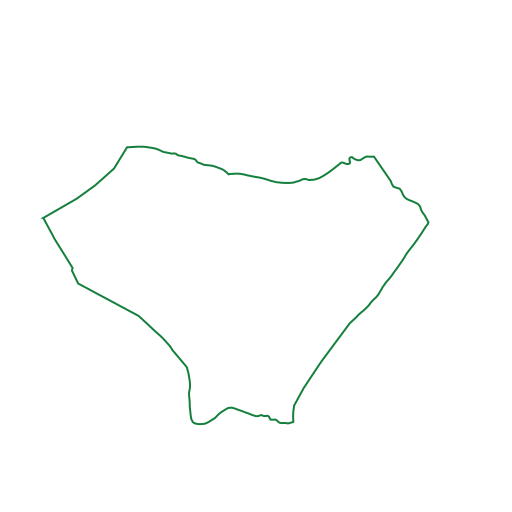 outline of Maswarah, Al Bayda', Yemen, rotated 58°
{"feature_id": "15242507B74981338012196", "entity_name": "Maswarah", "entity_type": "district", "adm_level": 2, "iso_a3": "YEM", "parent_name": "Yemen", "parent_adm1": "Al Bayda'", "projection": "albers", "projection_center": [45.681, 14.409], "detail": "fine", "context": "isolated", "style": "outline", "palette": "green", "viewbox_px": 512, "rotation_deg": 58, "n_neighbors": 0, "source": "geoboundaries", "source_scale": "gbopen_adm2", "svg_char_len": 4725}
<svg xmlns="http://www.w3.org/2000/svg" viewBox="0 0 512 512"><g transform="rotate(58 256 256)"><path d="M111.0,416.4L111.2,416.2L131.5,417.5L135.0,417.8L157.0,417.8L169.0,417.9L170.7,419.8L185.1,421.4L244.6,387.3L246.2,386.9L248.2,386.3L249.7,385.9L251.8,385.3L253.1,385.0L253.9,384.7L255.8,384.2L257.3,383.8L258.9,383.4L260.8,382.9L262.7,382.4L264.2,382.0L266.3,381.4L267.8,381.0L269.3,380.5L271.1,380.0L273.1,379.4L274.7,379.0L277.0,378.5L278.5,378.2L280.4,377.8L282.0,377.6L283.6,377.3L285.3,377.0L287.0,376.8L288.6,376.7L290.5,376.7L291.7,376.7L312.7,373.7L314.3,373.7L315.7,374.3L317.5,374.7L319.5,375.4L321.4,376.1L322.9,376.8L324.3,377.3L325.9,378.0L327.6,378.8L329.4,379.7L331.1,380.7L332.8,381.9L334.2,383.1L335.3,384.2L336.7,385.4L338.2,386.3L339.9,387.2L341.6,388.0L343.1,388.8L344.4,389.5L345.9,390.3L347.5,391.3L349.3,392.3L350.7,393.0L352.1,393.7L353.6,394.4L355.0,395.1L356.7,395.9L358.1,396.5L359.5,397.1L361.0,397.4L362.6,397.5L363.3,397.5L364.2,397.3L365.5,396.5L365.7,396.4L366.7,395.4L366.8,395.3L367.8,394.2L369.0,392.5L369.8,390.9L370.7,389.3L371.2,387.9L371.5,386.3L371.6,385.4L371.6,384.5L371.7,383.0L371.7,381.3L371.6,379.5L371.7,378.2L371.7,377.8L371.6,376.3L371.2,374.7L370.8,373.2L370.4,371.6L370.2,370.0L370.0,368.4L370.0,366.6L370.0,364.8L370.0,363.2L370.0,361.7L370.3,359.8L371.2,358.0L372.0,356.7L373.3,355.5L374.5,354.5L374.6,354.4L375.9,353.4L377.2,352.5L378.6,351.2L379.8,350.3L381.3,349.1L382.6,348.2L384.1,347.0L385.5,345.9L385.9,345.6L387.0,344.8L388.4,343.8L390.0,342.5L390.5,342.0L391.2,341.5L391.9,340.7L392.2,340.3L392.9,339.0L393.3,337.4L393.7,335.7L395.0,334.9L396.1,333.9L397.0,332.1L397.9,330.6L399.3,330.1L400.9,330.4L402.4,330.4L403.5,328.9L404.2,327.5L405.1,326.1L406.7,325.4L408.4,325.0L409.8,324.4L411.0,323.2L411.8,321.8L412.7,320.3L413.6,319.1L414.7,317.9L415.4,316.5L415.8,314.8L416.3,313.2L416.5,312.3L411.8,309.6L409.3,307.9L406.8,306.1L404.3,303.9L403.1,303.0L393.3,285.6L385.3,268.0L380.5,257.4L379.4,254.7L362.5,211.5L362.5,210.7L361.8,207.2L361.1,203.5L360.2,200.3L359.6,196.8L359.2,193.5L358.6,190.4L357.7,186.8L356.5,183.7L355.5,180.3L354.8,176.7L353.9,173.6L352.6,170.9L351.1,168.0L350.9,167.6L349.6,165.3L348.4,162.4L347.0,159.0L346.0,155.5L344.6,151.5L343.3,148.5L342.1,145.5L340.8,142.2L339.5,139.2L338.0,135.6L336.5,132.2L334.8,129.0L333.2,125.6L332.0,122.4L331.0,119.5L330.1,117.1L329.4,115.1L328.0,111.7L326.6,108.4L325.2,105.2L323.8,102.2L322.5,99.5L321.1,96.6L319.9,93.3L318.7,91.9L310.9,91.4L307.8,91.7L304.2,91.5L301.0,90.6L297.9,91.0L295.3,92.5L292.5,94.4L290.2,96.2L287.6,97.9L284.4,98.9L281.4,98.8L278.3,98.3L275.0,98.5L272.7,100.6L270.0,102.7L266.7,102.6L263.7,102.0L234.3,103.3L230.1,109.9L230.1,110.1L230.0,111.5L229.9,113.2L229.9,114.8L230.0,116.4L229.4,118.0L228.4,119.2L227.2,120.2L226.3,120.8L225.9,121.0L224.5,121.7L223.0,122.2L222.4,123.6L222.8,125.1L224.2,125.9L225.7,126.3L227.1,127.2L226.9,128.9L226.1,130.3L224.9,131.3L223.5,132.3L222.4,133.3L221.9,134.8L222.3,136.5L222.4,138.1L222.6,139.6L222.8,141.5L223.0,143.1L223.2,145.1L223.3,146.9L223.5,148.5L223.6,150.2L223.7,151.7L223.7,153.6L223.7,155.7L223.7,156.0L223.7,157.4L223.6,159.0L223.5,160.7L223.2,162.2L222.7,164.1L222.2,165.8L221.6,167.2L220.8,168.6L220.1,170.1L219.1,171.4L217.8,172.3L216.7,173.6L215.8,175.2L215.5,176.8L215.4,178.4L215.1,180.0L214.6,181.5L214.1,183.2L213.7,185.0L213.0,186.5L212.3,187.9L211.4,189.5L210.5,191.0L209.6,192.4L208.7,193.7L207.6,195.2L207.0,196.1L206.6,196.5L205.6,197.8L204.5,199.3L203.3,200.5L201.9,201.8L200.9,202.9L199.6,204.0L198.0,205.3L196.4,206.7L194.9,208.0L193.7,209.1L192.6,210.2L191.4,211.4L190.1,212.9L188.8,214.4L187.6,215.7L187.3,216.0L186.2,217.3L185.0,218.4L183.8,219.8L182.7,220.9L181.6,221.9L180.3,223.2L179.2,224.4L177.9,225.9L176.9,227.2L176.0,228.6L175.2,230.0L174.4,231.5L173.6,232.9L172.9,234.2L172.2,235.6L172.2,236.0L171.5,236.1L169.9,236.5L168.5,237.0L167.0,237.5L165.6,238.1L164.3,238.9L163.0,239.8L161.8,240.8L160.5,241.7L159.3,242.7L157.9,243.8L156.6,245.0L155.4,246.4L154.4,247.6L153.1,249.2L152.2,250.4L151.3,251.6L150.0,252.6L148.6,253.5L147.2,254.6L146.1,255.7L144.4,256.2L142.8,256.2L141.2,256.8L140.2,257.8L138.8,259.3L137.7,260.5L136.5,261.7L135.3,262.8L134.0,263.9L132.9,265.0L131.7,266.1L130.6,267.3L129.6,268.5L128.2,269.3L126.8,269.7L125.6,271.1L124.8,272.7L123.8,274.1L122.6,275.1L121.4,276.5L120.3,277.6L119.1,279.0L117.8,280.0L116.5,280.8L114.8,281.9L113.5,282.8L112.2,283.8L110.8,285.2L109.4,286.7L108.2,288.0L107.2,289.3L105.9,290.7L104.9,292.0L103.7,293.5L102.8,295.0L101.9,296.4L101.0,297.7L100.1,299.4L99.3,300.8L98.5,302.3L97.5,304.0L96.8,305.4L96.1,306.7L95.5,307.7L95.9,308.6L106.6,330.1L109.9,349.2L110.9,355.4L112.4,377.7L111.0,416.4Z" fill="none" stroke="#15803d" stroke-width="2"/></g></svg>